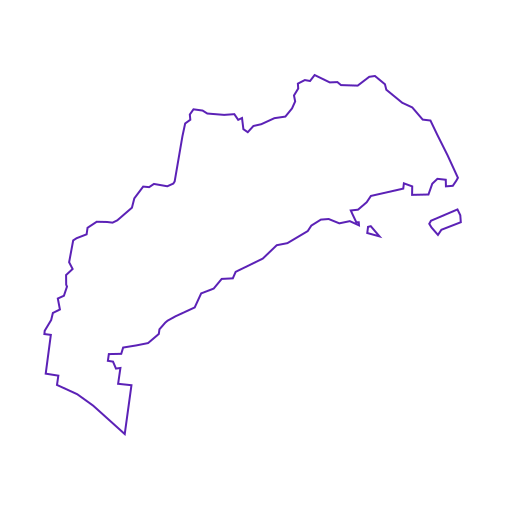 Lafourche, Louisiana, United States of America (Robinson projection), rotated 279°
{"feature_id": "52423323B36093874947415", "entity_name": "Lafourche", "entity_type": "district", "adm_level": 2, "iso_a3": "USA", "parent_name": "United States of America", "parent_adm1": "Louisiana", "projection": "robinson", "projection_center": [-90.415, 29.493], "detail": "fine", "context": "isolated", "style": "outline", "palette": "violet", "viewbox_px": 512, "rotation_deg": 279, "n_neighbors": 0, "source": "geoboundaries", "source_scale": "gbopen_adm2", "svg_char_len": 1822}
<svg xmlns="http://www.w3.org/2000/svg" viewBox="0 0 512 512"><g transform="rotate(279 256 256)"><path d="M106.9,66.7L106.9,79.5L97.5,79.6L91.5,101.1L82.7,118.6L59.6,154.2L108.9,153.2L108.2,139.8L124.2,139.6L122.9,135.3L129.3,131.3L129.3,126.1L136.1,126.0L138.3,138.2L144.8,139.1L148.9,151.6L153.1,163.0L163.8,172.2L168.5,172.1L176.0,176.8L178.3,178.8L183.9,186.0L195.6,203.5L210.5,207.7L217.2,219.3L228.0,225.7L230.3,236.6L237.2,238.4L254.5,263.1L269.9,274.8L273.6,285.0L288.7,303.2L294.7,305.9L302.1,314.4L303.9,322.0L301.3,333.2L305.1,343.2L302.4,352.9L305.4,352.2L305.0,349.8L312.9,344.4L315.8,342.5L317.7,349.5L326.4,356.9L333.3,360.1L345.6,390.9L350.9,390.7L349.2,399.4L340.8,400.6L343.7,416.7L355.0,418.8L360.6,423.1L361.0,431.5L354.5,432.7L356.1,439.4L361.6,442.0L364.8,443.2L385.5,429.4L404.2,416.0L417.1,407.1L416.8,399.3L427.2,387.1L430.2,376.5L440.6,358.7L445.8,356.5L452.4,345.3L450.7,339.8L440.2,329.8L438.1,313.2L440.5,309.2L439.0,301.7L443.9,285.6L437.3,282.0L437.4,276.7L432.8,270.4L428.0,271.5L420.5,268.4L414.8,270.5L407.4,268.5L398.3,263.2L395.0,252.6L387.0,240.6L384.0,233.1L377.0,228.5L379.3,223.7L390.1,220.6L387.7,217.1L392.7,212.4L390.4,202.5L389.1,185.6L391.3,180.5L391.1,171.3L385.4,168.5L380.3,169.8L375.8,165.3L362.9,164.6L316.9,164.0L314.6,163.0L311.0,157.5L311.2,143.9L307.3,139.7L306.9,133.7L293.9,126.8L284.3,125.9L269.5,113.4L266.5,109.1L266.3,103.6L264.9,93.3L257.5,85.2L250.9,85.3L245.5,76.0L242.8,73.0L220.6,72.4L214.5,76.9L207.5,71.4L198.0,73.0L196.2,74.1L186.7,72.5L183.0,66.9L172.5,70.7L168.0,64.3L160.7,63.7L149.1,59.0L145.8,59.2L146.0,65.7L106.9,66.7ZM305.3,432.4L310.9,435.0L321.4,453.0L328.2,451.4L333.5,447.7L318.2,423.3L314.9,422.1L311.7,424.8L305.3,432.4ZM296.1,362.3L294.7,374.9L303.4,364.7L302.3,362.1L296.1,362.3Z" fill="none" stroke="#5b21b6" stroke-width="2"/></g></svg>